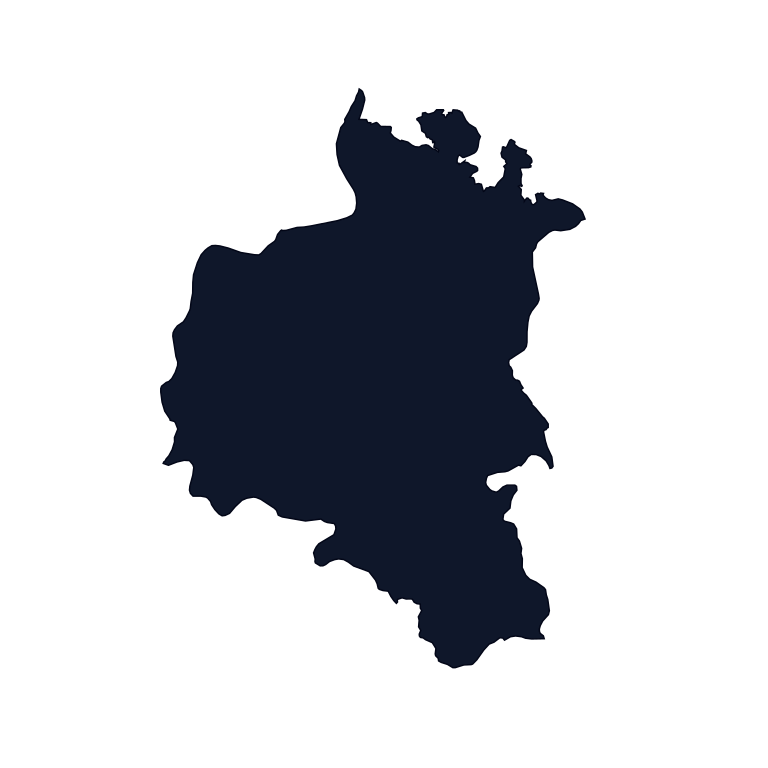 Narsingdi, Dhaka, Bangladesh (Mercator projection), rotated 167°
{"feature_id": "16705992B95243043657125", "entity_name": "Narsingdi", "entity_type": "district", "adm_level": 2, "iso_a3": "BGD", "parent_name": "Bangladesh", "parent_adm1": "Dhaka", "projection": "mercator", "projection_center": [90.739, 24.007], "detail": "fine", "context": "isolated", "style": "filled", "palette": "ink", "viewbox_px": 768, "rotation_deg": 167, "n_neighbors": 0, "source": "geoboundaries", "source_scale": "gbopen_adm2", "svg_char_len": 6162}
<svg xmlns="http://www.w3.org/2000/svg" viewBox="0 0 768 768"><g transform="rotate(167 384 384)"><path d="M617.0,356.3L612.3,353.3L603.2,354.6L595.9,354.6L591.0,353.2L590.5,352.6L588.4,348.5L588.1,345.5L590.8,338.2L596.1,328.2L597.4,324.4L597.2,321.0L595.3,317.7L587.8,316.0L583.1,314.0L581.5,312.6L579.4,308.5L579.1,305.2L577.0,299.6L574.1,294.6L571.4,292.0L568.4,291.7L563.6,292.7L556.5,298.0L548.5,302.7L543.4,303.6L536.6,303.2L534.0,302.2L530.0,299.4L518.9,287.8L517.1,285.0L516.5,280.0L513.1,277.4L491.3,268.2L475.9,266.6L473.0,263.5L470.4,261.8L463.8,259.2L463.1,256.5L463.5,253.5L466.7,248.4L483.4,243.0L486.5,240.6L488.5,238.3L490.6,235.3L490.4,229.0L491.2,226.5L491.1,225.1L487.1,221.2L484.4,220.6L481.5,221.2L477.0,223.3L471.6,224.0L467.6,223.8L462.7,222.0L458.7,218.4L454.5,213.5L440.9,204.6L436.4,194.9L435.6,190.9L435.6,186.3L434.8,185.0L431.5,183.0L426.5,181.2L425.1,175.6L423.2,170.8L421.3,167.5L419.9,168.5L419.6,170.7L419.1,171.1L414.5,171.6L410.9,169.6L405.6,168.4L404.7,167.7L403.7,164.6L401.3,162.5L398.2,161.4L399.0,157.4L398.2,154.8L402.9,149.4L402.9,145.9L404.9,139.6L403.6,135.6L405.9,132.4L406.2,130.5L405.5,128.9L402.9,127.8L401.1,125.6L395.1,121.1L392.9,114.6L394.8,109.5L394.8,107.6L392.9,104.5L393.1,101.9L390.9,99.9L385.2,96.5L380.7,92.1L378.3,91.6L369.4,92.3L362.2,91.0L360.6,91.2L355.6,94.4L346.6,102.4L340.1,106.9L334.9,107.7L328.2,110.7L325.4,109.8L324.2,107.3L317.6,109.3L312.5,108.9L306.8,106.8L303.3,104.5L297.5,102.4L285.2,99.8L285.4,102.8L287.9,105.9L288.2,108.0L287.8,110.3L286.1,113.4L282.7,117.4L275.7,122.3L273.9,125.9L272.9,137.2L273.3,142.0L272.9,147.3L273.9,149.4L280.4,156.7L286.0,161.0L288.9,165.7L290.7,174.0L288.5,182.7L288.7,188.1L286.9,192.9L287.4,200.5L289.0,204.3L287.4,213.0L289.2,218.4L291.8,220.3L297.5,223.2L298.7,225.2L296.7,230.3L289.2,234.7L286.7,241.6L283.0,246.8L278.4,250.6L277.9,254.5L279.2,256.0L286.9,257.8L291.3,256.9L296.4,253.9L299.0,253.3L303.0,255.6L304.7,257.5L307.1,262.4L307.1,265.2L305.4,269.1L303.6,271.5L293.3,272.4L285.9,271.3L282.6,271.4L271.2,274.7L269.0,273.5L264.1,276.8L260.1,280.7L256.4,282.3L251.5,281.0L247.2,278.0L243.3,272.6L241.6,267.3L241.3,264.4L239.4,264.4L237.8,265.8L236.9,275.2L239.2,285.9L239.6,291.9L239.3,301.6L238.5,302.9L236.4,303.1L235.0,304.4L233.8,304.7L233.0,308.1L235.5,314.6L236.9,316.4L241.5,325.8L244.7,330.9L244.2,331.9L244.5,332.9L247.8,341.0L250.0,343.8L251.5,346.6L251.7,347.7L249.4,348.8L250.8,352.6L251.4,356.2L252.9,357.6L254.9,358.3L256.8,361.1L257.0,363.8L255.9,368.1L256.7,371.8L257.9,373.6L257.8,376.9L256.6,379.5L239.9,385.7L236.9,388.6L235.3,392.5L232.9,402.7L229.9,411.8L227.3,417.6L223.8,421.8L216.4,427.9L214.2,430.9L213.6,432.6L213.3,437.0L212.9,464.6L209.8,479.2L205.7,482.6L203.8,486.3L202.1,488.0L189.3,494.7L185.3,495.7L182.9,495.6L177.3,493.6L168.1,492.9L161.9,494.5L158.4,496.5L155.5,499.1L151.0,499.5L152.1,506.9L153.7,510.4L159.7,517.1L168.5,523.1L172.6,525.2L179.0,525.1L182.3,526.6L184.7,528.9L186.2,531.5L186.5,532.6L185.7,533.8L188.4,534.8L190.0,534.2L191.1,535.2L193.7,534.4L193.7,528.0L194.2,526.9L197.7,525.0L199.4,525.7L200.0,528.1L199.8,530.1L200.7,530.5L202.0,532.8L203.2,533.0L206.1,530.5L205.8,531.6L208.2,537.1L206.5,542.7L208.6,546.5L207.4,546.9L205.4,545.6L204.8,546.1L205.4,548.5L204.3,553.4L202.6,557.2L202.9,562.8L202.2,563.6L201.2,563.7L194.5,562.3L192.1,562.5L191.7,563.7L192.4,564.2L192.4,565.3L190.0,567.0L189.7,568.5L189.9,570.6L190.7,572.4L194.2,576.5L192.7,579.5L199.5,583.8L202.7,587.7L202.9,588.7L202.0,590.2L202.3,590.9L205.2,593.6L206.7,593.1L210.9,587.6L212.0,586.8L214.4,588.3L215.2,588.2L216.6,584.5L218.0,582.6L218.0,578.5L215.1,575.0L215.5,573.1L214.6,571.0L218.3,569.1L217.4,566.5L220.8,558.8L227.4,554.6L231.5,550.5L236.3,552.4L238.0,551.6L240.1,552.0L242.8,549.5L243.8,549.3L244.2,556.7L246.7,558.0L250.4,558.2L250.1,562.0L250.6,564.8L253.8,566.2L250.3,569.3L245.7,570.4L244.7,571.1L244.3,573.3L245.4,575.2L250.8,578.3L252.0,580.2L253.4,581.3L255.9,581.7L255.0,583.3L261.0,580.8L261.5,581.0L261.2,582.1L263.0,582.8L262.4,585.9L260.6,589.2L258.9,590.3L256.4,587.1L255.2,586.8L249.3,587.6L244.0,588.8L242.3,589.7L241.0,590.9L239.1,593.8L236.7,600.0L234.4,603.5L236.0,607.4L237.2,612.7L242.7,618.1L244.9,622.3L247.1,631.4L248.4,631.7L248.8,633.1L249.9,633.3L250.6,634.2L255.0,635.6L257.0,632.6L257.8,633.5L260.0,633.9L260.1,632.3L261.9,632.2L262.8,630.6L264.1,629.8L264.6,630.4L265.0,632.9L266.6,633.2L266.9,633.9L266.5,635.2L264.3,637.1L264.5,637.9L271.0,639.4L274.1,637.3L279.3,636.9L281.0,637.4L282.7,639.2L285.5,639.3L286.6,635.9L290.7,635.6L292.4,634.9L292.4,633.9L291.1,632.3L289.7,628.2L290.2,622.1L287.3,619.0L287.1,615.4L286.0,614.2L284.8,614.4L283.9,612.4L282.0,611.1L282.2,608.2L281.6,608.1L281.0,609.1L280.2,609.0L280.1,607.9L282.1,603.6L278.5,600.4L278.1,599.1L278.8,598.0L281.5,601.0L284.0,602.4L287.1,606.4L289.2,607.6L293.3,607.9L296.3,606.9L300.3,608.2L303.2,610.5L306.3,614.3L312.1,617.5L313.3,616.8L318.9,622.4L321.4,627.2L320.1,629.6L319.2,632.4L319.9,633.4L329.3,635.7L331.7,639.7L332.7,640.5L338.4,639.8L338.1,641.6L341.1,642.4L341.6,645.5L348.9,647.5L343.2,656.6L338.9,665.0L338.5,667.4L339.1,673.4L339.8,674.9L341.8,677.0L343.1,674.2L345.9,671.0L348.5,666.5L353.4,661.7L356.6,657.3L362.7,650.7L363.0,648.5L363.9,647.1L368.4,643.6L376.3,628.8L378.1,618.1L378.2,607.0L374.1,592.3L370.0,580.7L369.1,576.8L369.0,572.6L369.9,566.4L372.0,560.7L374.5,557.6L376.8,555.7L382.9,554.3L392.7,553.6L419.0,554.4L426.6,554.9L433.5,556.1L444.7,555.7L448.7,556.4L449.0,557.0L450.1,556.7L454.0,553.7L457.0,549.0L458.6,547.6L465.7,544.7L474.4,538.8L477.0,537.9L481.2,539.1L493.9,544.3L505.2,551.5L512.8,555.4L517.1,556.9L520.6,557.5L524.8,556.2L528.2,554.5L533.0,551.1L538.5,544.2L545.0,533.3L547.4,526.0L550.0,515.5L553.4,507.8L555.8,501.0L557.0,499.1L562.0,493.0L565.5,489.7L572.2,487.1L575.9,484.0L578.0,481.3L579.0,478.1L580.5,457.6L580.0,451.8L581.0,448.3L584.8,442.2L589.5,437.0L593.1,434.8L595.8,434.5L601.2,431.9L602.5,429.8L603.3,426.4L604.3,416.2L603.7,406.8L600.5,398.3L600.5,396.8L596.7,394.7L596.0,393.4L595.0,386.5L600.2,379.0L601.1,374.7L605.2,367.6L609.8,362.4L613.1,360.0L614.6,358.2L616.1,357.6L617.0,356.3Z" fill="#0f172a" stroke="#020617" stroke-width="1.5"/></g></svg>